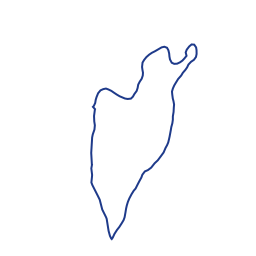 V-2 Mahaicony/Berbice, Mahaica-Berbice, Guyana, rotated 209°
{"feature_id": "73187651B73006016371738", "entity_name": "V-2 Mahaicony/Berbice", "entity_type": "district", "adm_level": 2, "iso_a3": "GUY", "parent_name": "Guyana", "parent_adm1": "Mahaica-Berbice", "projection": "robinson", "projection_center": [-57.687, 6.279], "detail": "fine", "context": "isolated", "style": "outline", "palette": "blue", "viewbox_px": 256, "rotation_deg": 209, "n_neighbors": 0, "source": "geoboundaries", "source_scale": "gbopen_adm2", "svg_char_len": 1765}
<svg xmlns="http://www.w3.org/2000/svg" viewBox="0 0 256 256"><g transform="rotate(209 128 128)"><path d="M114.2,222.1L111.8,219.5L112.4,216.1L113.1,213.3L114.4,210.6L116.2,208.1L118.7,206.5L121.4,206.3L124.5,208.3L126.4,210.6L128.1,213.1L130.4,215.6L132.8,217.1L135.6,216.7L137.7,214.8L139.9,211.1L141.7,208.1L143.6,205.3L145.1,202.3L146.3,198.9L146.9,195.4L147.0,192.3L145.3,188.2L143.5,185.8L141.7,183.6L140.5,181.0L139.9,177.7L140.2,174.4L140.1,170.9L139.0,167.7L138.4,164.6L138.9,160.7L138.9,157.8L139.7,155.1L142.4,153.2L145.0,152.3L147.9,152.0L150.7,151.7L154.0,151.8L157.7,152.1L160.5,152.4L163.9,152.2L166.4,151.8L168.5,150.0L170.3,147.6L171.0,143.9L170.5,139.8L169.9,137.0L168.8,133.9L168.6,130.7L168.9,129.5L166.0,128.5L166.0,128.3L163.5,122.0L160.7,117.4L158.3,114.3L156.6,110.4L155.7,105.3L154.8,102.4L148.1,88.4L141.8,78.4L141.7,78.4L140.5,74.9L136.6,69.5L135.7,67.5L133.6,62.6L131.5,60.8L121.6,54.1L118.0,51.6L111.0,44.2L103.9,39.3L102.6,38.2L95.1,28.6L91.5,24.9L89.1,23.2L88.4,23.0L88.2,24.7L88.5,28.9L88.2,33.6L87.6,37.2L87.3,42.0L87.2,45.3L87.7,48.3L89.2,52.7L90.6,56.6L91.5,59.7L92.3,63.4L92.7,67.1L92.8,71.8L92.6,75.9L92.0,78.7L92.2,83.2L92.3,87.4L92.3,91.2L92.8,94.1L92.2,98.2L90.2,100.8L88.5,104.6L87.6,110.1L86.3,114.1L85.5,119.9L85.0,123.9L85.5,128.8L85.5,131.9L85.8,134.8L86.7,138.1L87.5,140.8L88.5,143.8L89.4,146.5L90.6,149.9L91.5,153.6L92.8,157.0L94.4,159.9L95.9,164.1L97.9,168.2L99.1,170.9L101.3,173.6L103.2,175.6L105.5,178.7L107.2,181.2L107.9,184.3L108.2,187.6L108.1,190.9L107.9,195.2L106.9,199.7L106.8,202.9L106.0,206.7L105.7,209.6L105.9,212.8L105.0,216.4L103.4,219.6L103.0,223.1L103.9,226.0L105.8,229.3L107.5,231.5L110.5,233.0L112.9,231.9L114.0,229.0L114.6,225.0L114.2,222.1Z" fill="none" stroke="#1e3a8a" stroke-width="2"/></g></svg>